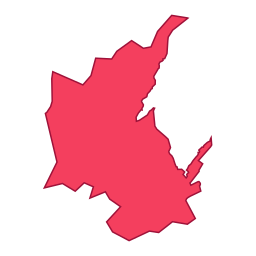 the district of Zangiata, Tashkent, Uzbekistan
{"feature_id": "79887680B90536772878840", "entity_name": "Zangiata", "entity_type": "district", "adm_level": 2, "iso_a3": "UZB", "parent_name": "Uzbekistan", "parent_adm1": "Tashkent", "projection": "robinson", "projection_center": [69.123, 41.226], "detail": "fine", "context": "isolated", "style": "filled", "palette": "rose", "viewbox_px": 256, "rotation_deg": 0, "n_neighbors": 0, "source": "geoboundaries", "source_scale": "gbopen_adm2", "svg_char_len": 1887}
<svg xmlns="http://www.w3.org/2000/svg" viewBox="0 0 256 256"><path d="M177.0,166.8L176.1,166.7L174.8,163.4L173.2,158.3L171.8,155.8L169.8,154.0L169.0,152.5L168.8,151.3L170.1,148.6L170.5,147.5L168.1,139.2L165.8,137.0L156.6,129.0L156.1,128.0L154.9,126.2L153.4,110.9L154.6,108.2L153.4,107.9L151.5,109.9L149.6,111.1L147.4,115.0L139.4,120.3L136.4,121.3L136.1,117.2L138.4,113.0L141.1,109.8L142.1,110.0L141.9,108.5L143.2,106.2L143.4,104.8L141.7,101.9L141.5,100.9L142.9,99.0L145.9,97.3L146.8,96.7L147.5,93.7L150.1,91.0L151.0,89.2L152.2,88.6L152.3,87.0L155.2,84.2L155.3,80.3L154.0,78.2L153.8,76.3L158.3,68.6L159.1,68.1L159.3,65.7L158.9,64.0L159.9,62.1L162.1,61.1L163.1,60.2L162.8,59.0L164.7,58.6L167.0,53.5L167.8,40.6L168.2,37.1L172.6,30.2L187.9,18.1L187.3,17.9L171.7,15.4L157.6,31.4L151.0,46.9L143.4,48.3L131.6,40.6L116.8,51.3L111.7,59.0L95.7,58.2L91.0,75.6L82.9,84.9L52.8,71.7L52.4,74.5L51.8,78.6L52.2,101.3L50.6,106.6L46.8,112.4L45.4,113.4L57.0,162.1L44.3,187.9L62.5,183.5L75.2,191.2L84.2,182.8L93.4,186.8L89.9,198.1L105.4,191.8L109.7,199.1L120.6,206.7L106.6,221.9L112.6,231.9L129.1,240.6L149.4,231.1L158.7,232.5L172.5,221.7L187.4,224.2L195.3,218.5L185.8,200.6L186.6,198.7L188.0,197.5L190.4,196.1L195.2,193.8L200.8,191.1L199.7,186.8L199.6,185.4L200.3,184.9L200.3,183.3L199.0,181.6L198.2,181.6L191.3,185.0L190.9,185.2L189.9,183.0L190.7,182.2L199.1,171.4L199.0,170.1L202.7,163.8L198.4,160.6L210.6,146.8L211.7,145.0L211.1,137.7L210.4,139.1L209.9,141.2L208.2,141.9L207.0,142.7L205.7,143.9L204.4,145.0L203.7,145.8L203.4,147.1L202.0,147.1L200.4,148.7L199.0,149.8L198.9,150.5L199.6,151.1L199.3,152.4L198.1,152.5L198.3,154.1L197.4,155.6L196.1,156.9L193.0,160.7L191.0,163.9L188.8,165.8L187.6,168.6L186.5,170.1L188.3,171.6L188.6,172.7L187.5,173.4L186.7,174.7L187.3,176.3L186.1,177.9L183.1,174.5L184.7,172.0L181.7,169.3L177.7,169.4L177.0,166.8Z" fill="#f43f5e" stroke="#9f1239" stroke-width="1.5"/></svg>